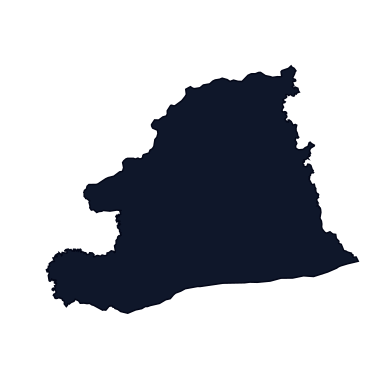 Pa Daet, Chiang Rai, Thailand (orthographic projection), rotated 262°
{"feature_id": "78962969B68909645293993", "entity_name": "Pa Daet", "entity_type": "district", "adm_level": 2, "iso_a3": "THA", "parent_name": "Thailand", "parent_adm1": "Chiang Rai", "projection": "orthographic", "projection_center": [99.975, 19.516], "detail": "fine", "context": "isolated", "style": "filled", "palette": "ink", "viewbox_px": 384, "rotation_deg": 262, "n_neighbors": 0, "source": "geoboundaries", "source_scale": "gbopen_adm2", "svg_char_len": 5947}
<svg xmlns="http://www.w3.org/2000/svg" viewBox="0 0 384 384"><g transform="rotate(262 192 192)"><path d="M294.6,200.1L289.4,200.0L287.5,198.5L283.8,194.6L279.8,187.2L279.8,186.0L280.8,183.8L280.7,182.9L275.9,178.8L272.6,178.4L270.8,177.0L270.4,173.6L267.9,169.1L268.6,165.0L264.4,161.3L263.0,161.2L260.8,161.9L258.0,166.4L254.6,166.4L251.1,164.8L249.2,162.6L242.5,160.6L240.4,158.8L239.3,156.3L236.6,154.8L235.7,149.2L235.0,148.5L232.7,147.7L232.0,146.2L232.1,144.6L233.1,143.2L232.5,140.4L233.5,138.7L234.3,132.9L233.9,131.1L232.3,128.7L230.8,127.4L225.6,127.7L222.1,126.0L222.0,123.1L218.5,116.8L217.9,111.1L217.1,108.4L213.0,99.7L212.8,98.3L213.7,90.9L212.3,88.9L209.7,87.9L208.6,85.8L206.5,84.8L206.1,85.1L202.6,84.6L201.2,85.7L200.4,85.8L200.0,87.0L197.4,89.4L196.1,88.6L192.2,89.1L190.6,88.6L188.1,89.8L188.2,92.1L185.0,94.8L185.6,97.0L185.5,100.0L186.1,101.5L184.5,108.1L184.6,115.1L183.6,118.9L182.5,117.9L181.7,118.3L179.9,118.2L179.8,117.4L178.7,116.7L179.8,115.9L178.9,115.2L179.5,114.4L178.4,113.2L177.2,113.7L178.3,114.7L177.8,115.1L174.7,112.9L172.8,113.4L173.1,114.7L173.9,115.0L173.1,116.4L171.2,114.9L170.7,116.2L170.1,116.6L169.2,115.6L169.9,115.0L169.9,114.4L168.8,113.3L167.8,113.9L167.0,113.4L165.0,115.1L163.2,114.8L162.0,115.2L161.4,115.9L160.5,115.2L159.3,115.8L158.6,114.6L158.9,113.6L157.8,112.2L155.8,111.6L154.6,110.1L151.2,109.7L149.5,107.8L144.6,107.9L143.0,107.4L142.8,106.8L144.1,106.1L145.0,103.9L143.6,101.4L143.4,99.4L141.6,99.0L141.1,98.4L141.1,96.5L142.1,94.2L141.1,92.4L142.3,89.8L142.2,88.3L141.4,86.9L141.6,85.7L142.2,85.5L143.1,86.2L143.7,86.2L145.5,84.8L146.1,82.2L144.7,81.5L144.7,79.0L146.6,78.4L146.8,77.6L146.3,76.7L147.2,76.6L147.8,75.6L147.8,73.8L148.7,74.3L149.2,73.2L150.2,74.0L150.9,73.6L150.9,73.1L149.4,71.3L151.0,71.3L151.1,70.8L149.8,69.8L149.7,69.3L151.4,68.8L151.8,66.7L151.3,66.5L150.1,67.5L149.7,67.1L150.4,65.0L151.9,64.1L151.5,62.8L152.7,61.5L152.5,59.1L151.6,57.9L151.1,58.1L151.4,59.7L149.6,60.0L149.1,59.7L149.2,57.8L150.2,55.1L148.8,54.4L147.6,54.8L147.1,53.9L148.2,53.7L150.5,51.8L149.4,51.6L149.6,50.3L148.8,48.9L148.1,48.7L147.5,49.4L146.8,49.4L146.8,48.3L148.2,48.4L148.4,48.0L145.9,46.3L146.0,45.2L142.5,46.1L142.3,45.6L142.8,44.3L140.9,40.7L138.4,40.6L138.4,39.4L137.3,39.3L135.8,38.5L135.3,37.0L133.1,37.4L133.0,38.0L134.0,38.6L132.1,39.4L131.1,39.3L129.4,38.1L124.1,38.2L123.5,38.7L123.5,39.5L125.2,41.0L124.3,41.4L124.3,42.4L123.6,42.3L123.5,43.2L122.8,43.6L124.0,44.0L123.4,45.2L121.2,43.1L120.4,44.0L121.1,44.7L120.2,45.1L118.5,44.1L118.3,42.9L116.2,43.3L115.7,42.6L116.1,41.6L115.8,40.4L114.7,39.9L113.7,40.9L114.8,42.0L114.5,42.6L111.7,43.8L109.9,41.5L110.0,41.0L109.0,40.3L107.1,41.7L106.6,41.3L105.7,41.8L105.4,43.3L106.0,46.1L105.5,46.2L105.6,46.8L104.9,47.3L104.5,48.4L102.8,48.8L102.0,50.1L100.2,50.3L99.0,49.9L96.0,51.6L97.2,52.9L98.7,53.5L98.1,54.8L99.4,56.9L100.2,59.9L102.1,61.4L100.0,64.6L97.4,65.8L97.0,69.6L96.1,72.5L96.0,75.1L94.1,77.3L93.6,78.7L87.4,87.1L87.7,88.8L87.1,89.4L87.1,90.4L90.4,93.9L90.4,94.9L90.8,95.1L90.4,96.0L90.6,96.8L89.2,97.4L88.5,99.1L87.4,99.5L86.0,102.3L83.6,104.7L80.9,111.5L83.1,119.8L83.5,126.0L85.1,129.8L84.8,132.1L85.4,134.9L86.2,144.3L89.0,151.0L89.4,155.6L92.7,159.3L94.2,161.6L95.4,167.0L97.2,171.8L97.7,184.2L97.3,186.9L97.4,210.0L94.8,231.4L94.7,236.8L93.5,244.0L92.9,257.1L94.3,268.1L92.8,279.8L93.5,290.8L91.4,300.7L93.9,315.2L96.5,324.6L97.6,326.8L98.2,329.0L99.3,336.2L100.3,347.0L104.8,345.5L104.9,342.6L105.3,342.4L107.2,342.7L107.5,342.4L107.3,341.5L109.2,341.4L110.9,337.6L112.1,336.2L112.7,334.4L113.3,334.0L119.4,332.5L120.7,330.1L122.9,330.6L125.9,328.4L130.0,328.4L130.8,325.5L133.4,323.1L132.5,319.6L133.7,317.8L137.4,315.7L139.4,315.5L142.2,316.1L145.2,316.1L148.3,315.0L153.9,316.8L157.0,316.9L158.4,316.7L158.7,315.8L159.8,315.9L160.8,315.1L160.9,314.3L161.3,314.9L163.4,315.0L164.0,314.2L164.4,314.4L164.1,315.2L165.7,314.5L167.4,314.4L168.6,315.5L168.9,316.4L169.4,316.1L171.8,317.0L172.8,316.4L173.2,315.4L175.3,314.7L176.8,314.8L177.2,314.3L177.9,315.1L178.9,314.8L179.1,314.4L182.7,314.2L182.6,312.2L183.0,311.6L188.6,309.7L189.6,310.5L190.6,310.0L192.0,311.6L193.6,312.0L194.5,313.4L194.0,314.5L194.4,315.1L195.3,314.4L196.4,315.0L197.4,314.2L201.7,313.4L202.9,312.3L203.5,310.6L201.3,309.2L201.1,308.2L202.2,306.1L203.4,306.5L204.6,305.6L206.1,306.1L205.9,307.0L206.4,307.5L208.4,307.4L208.3,309.1L209.5,310.7L208.7,311.9L209.7,311.4L210.5,311.8L211.0,313.3L212.5,313.1L212.2,313.8L213.1,313.5L213.3,314.5L213.7,314.8L216.3,314.1L218.2,315.0L219.1,316.0L220.6,319.5L221.3,319.7L223.3,317.1L224.9,315.9L224.5,314.9L221.0,313.2L220.2,310.3L218.7,308.1L218.9,303.5L220.7,301.0L223.3,300.9L225.4,302.5L227.1,302.2L228.4,301.4L230.4,301.9L231.3,302.6L230.6,304.4L231.4,305.3L232.4,304.6L235.8,304.4L238.1,303.6L240.8,303.9L243.6,305.0L244.5,303.7L244.1,301.4L248.0,300.0L249.8,298.2L249.8,297.2L248.0,297.0L248.3,295.7L251.1,294.0L253.2,296.4L254.1,296.4L256.3,295.1L256.8,295.5L256.5,296.6L257.2,296.7L258.3,296.0L258.7,294.8L258.5,293.2L259.6,292.4L261.3,292.8L263.3,294.5L265.6,293.7L266.7,293.8L267.7,294.8L267.6,296.2L268.3,296.9L269.6,295.3L270.9,294.9L272.5,298.7L273.1,299.0L274.6,298.4L275.4,298.6L275.4,299.7L274.1,301.3L274.7,302.3L274.8,303.6L273.4,304.6L272.8,305.9L273.0,306.7L275.1,307.6L274.4,308.8L275.6,310.0L276.0,312.2L277.3,311.5L280.0,311.3L281.6,308.6L280.2,307.5L282.3,305.9L283.3,307.6L286.3,306.9L287.1,307.1L287.4,307.8L287.3,309.4L287.7,310.2L289.0,310.0L290.2,307.8L291.1,307.6L294.7,310.0L296.8,310.9L297.5,311.8L300.2,310.4L301.8,308.3L303.1,307.7L301.0,304.7L299.7,298.0L298.7,296.9L294.1,296.9L293.7,296.1L294.3,292.6L294.3,287.6L295.3,285.7L297.0,280.9L300.9,276.5L301.1,274.6L300.3,271.4L300.8,267.1L299.8,263.7L294.5,256.9L295.2,252.9L297.0,248.7L296.2,245.0L298.4,242.5L300.5,237.7L299.8,235.2L299.7,230.5L298.9,228.0L296.6,224.6L296.4,218.1L294.1,214.4L294.0,208.9L294.6,207.2L296.5,205.1L294.6,200.1Z" fill="#0f172a" stroke="#020617" stroke-width="1.5"/></g></svg>